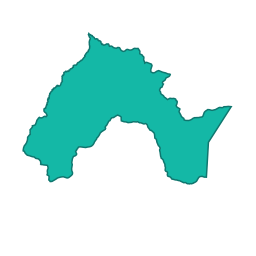 the district of Puracé (Coconuco), Cauca, Colombia, rotated 21°
{"feature_id": "7082276B15347498266609", "entity_name": "Puracé (Coconuco)", "entity_type": "district", "adm_level": 2, "iso_a3": "COL", "parent_name": "Colombia", "parent_adm1": "Cauca", "projection": "natural_earth1", "projection_center": [-76.434, 2.262], "detail": "fine", "context": "isolated", "style": "filled", "palette": "teal", "viewbox_px": 256, "rotation_deg": 21, "n_neighbors": 0, "source": "geoboundaries", "source_scale": "gbopen_adm2", "svg_char_len": 5678}
<svg xmlns="http://www.w3.org/2000/svg" viewBox="0 0 256 256"><g transform="rotate(21 128 128)"><path d="M119.2,123.7L122.1,123.6L124.1,123.0L126.1,123.0L129.3,121.4L130.5,120.3L133.8,119.3L134.6,118.7L136.8,119.0L138.4,118.5L140.9,118.6L142.0,118.2L142.7,117.6L143.1,117.5L144.7,118.0L146.4,120.2L148.1,121.2L149.0,122.0L150.2,122.1L150.6,121.9L153.7,123.1L154.3,123.5L155.0,124.4L156.7,127.8L158.5,128.4L160.1,130.9L162.7,133.6L163.9,134.0L165.2,135.2L165.4,135.7L165.3,136.9L165.6,137.6L166.7,139.2L168.6,142.7L169.5,143.7L169.8,144.3L171.2,144.6L172.4,145.3L173.4,146.7L175.2,148.4L175.7,149.1L176.1,150.2L177.1,151.4L177.8,154.1L178.7,154.8L180.3,154.9L180.7,155.2L181.2,156.2L181.4,157.4L182.1,158.5L182.5,158.7L184.9,158.6L185.6,158.8L187.1,159.9L187.6,159.9L188.3,159.7L190.8,159.5L192.0,159.1L193.9,159.0L194.8,158.7L199.6,159.1L201.4,158.3L202.9,158.7L203.5,158.7L204.4,158.3L205.2,158.3L206.1,157.6L207.3,157.3L208.7,156.2L208.9,155.6L209.6,155.2L210.9,153.4L211.1,152.9L211.6,149.5L212.0,148.4L212.4,147.7L214.5,146.6L216.9,146.5L218.8,145.8L208.2,112.5L216.7,71.1L213.9,71.9L211.8,73.0L210.3,73.6L209.8,73.9L209.3,74.8L208.6,75.3L206.3,75.9L205.6,76.4L203.1,79.4L200.4,81.3L199.3,81.6L197.6,81.7L195.9,82.2L194.2,84.6L193.6,86.1L193.7,89.8L193.5,90.7L192.9,91.3L191.1,92.3L190.7,92.7L186.3,94.6L185.1,95.8L184.6,96.7L183.5,98.1L182.1,99.2L179.4,100.2L177.6,100.4L176.6,99.0L175.1,98.7L173.6,98.0L172.6,96.9L170.2,94.9L169.7,94.2L169.7,91.9L169.5,91.5L166.8,91.1L166.0,90.8L164.9,89.8L165.0,88.1L164.6,85.9L163.9,85.2L163.1,85.2L162.4,84.2L162.0,83.9L160.7,83.9L159.7,84.1L158.7,84.7L156.5,85.2L154.7,87.3L152.2,86.4L150.9,86.2L149.5,85.1L147.4,84.6L146.6,84.3L146.0,83.9L145.6,82.8L144.2,81.8L143.8,81.0L143.9,80.6L143.9,79.1L144.0,78.6L144.9,78.0L145.1,77.6L145.1,75.6L145.3,74.3L144.7,74.2L144.0,73.6L143.8,73.1L143.8,72.6L145.4,70.0L145.6,67.6L147.6,65.5L148.1,64.6L148.3,63.8L148.2,62.8L147.3,62.8L145.9,63.2L143.3,63.1L140.4,63.5L136.1,63.4L134.6,64.6L133.2,66.6L132.5,67.1L131.6,67.6L129.6,67.5L129.0,67.0L128.3,65.1L128.1,61.2L127.0,60.0L122.0,60.0L121.4,60.2L120.4,61.4L120.0,60.6L118.2,58.8L117.6,56.6L117.0,55.8L115.9,55.5L114.9,54.7L112.7,54.6L112.3,54.3L111.6,52.1L110.8,51.4L110.4,51.3L110.0,50.8L108.8,50.1L107.9,50.6L105.5,51.3L104.6,52.1L104.3,52.8L103.5,53.7L101.8,54.7L100.1,54.7L99.0,54.9L98.3,55.6L97.7,56.9L97.2,57.5L96.3,58.1L95.5,58.3L93.5,57.9L91.5,56.2L91.0,56.1L89.8,56.4L89.3,56.7L88.8,57.5L88.3,57.8L86.6,58.1L85.4,58.1L84.4,57.6L83.2,57.5L82.7,57.6L81.8,58.3L81.3,58.3L80.0,56.8L79.4,56.6L78.9,57.0L78.2,57.0L76.4,58.9L75.5,59.4L74.9,59.3L74.6,59.0L74.4,59.1L74.2,58.9L73.5,59.3L73.0,58.4L72.4,58.3L71.7,57.5L71.7,57.1L71.1,56.8L69.8,56.8L69.4,56.7L69.1,57.0L68.3,56.5L67.9,55.9L67.5,55.9L66.5,56.0L66.1,56.5L64.9,56.5L63.9,55.6L62.0,55.2L61.7,54.7L61.2,54.6L60.7,54.9L60.4,54.6L60.0,54.7L59.7,54.4L58.2,54.3L57.6,53.9L57.6,55.1L58.1,55.4L59.4,57.0L60.5,57.6L60.7,57.9L60.9,58.6L60.7,59.6L61.0,61.7L61.6,62.8L61.7,63.3L62.2,64.3L63.0,65.4L63.1,66.1L63.3,66.4L63.6,67.7L63.5,69.0L63.1,69.7L63.5,70.9L62.6,72.1L62.1,73.8L61.7,76.0L62.2,76.5L61.3,79.0L61.0,80.2L60.5,81.4L59.9,81.7L59.9,82.2L59.1,83.2L58.6,84.3L57.8,84.9L57.7,85.4L57.4,85.9L57.5,87.0L56.9,87.9L55.8,88.3L54.7,89.2L54.6,89.4L55.2,90.9L54.6,91.3L54.4,92.4L53.1,93.5L52.9,94.7L52.2,95.2L52.4,96.1L51.9,96.6L50.9,96.6L50.6,97.5L49.5,97.4L49.3,98.0L48.3,99.2L48.4,99.8L48.9,100.3L48.9,101.5L48.8,101.9L48.5,101.7L48.2,102.0L47.9,103.5L48.6,104.5L48.6,105.1L49.3,106.4L49.3,107.0L50.0,108.0L49.5,109.5L49.6,112.2L49.2,113.1L48.4,113.7L47.7,113.4L47.4,113.7L46.9,113.5L46.5,113.8L46.7,114.4L46.7,114.7L46.5,114.9L46.1,114.9L45.8,116.2L45.2,117.0L44.6,117.1L44.5,117.7L44.2,118.1L44.5,118.3L44.6,118.8L43.5,119.5L43.9,120.4L43.3,121.4L43.0,122.4L43.0,123.5L42.7,123.6L42.6,124.0L42.9,124.6L42.9,126.5L43.3,126.9L43.7,128.3L43.6,128.8L43.2,128.1L42.7,128.9L42.9,129.5L42.9,130.7L43.9,131.9L43.9,132.5L43.5,132.9L43.5,133.9L44.2,135.1L44.1,135.4L43.7,135.5L43.7,135.9L43.9,137.7L43.7,138.4L44.0,139.1L42.9,139.9L42.8,140.5L43.5,142.3L44.5,143.0L46.0,143.4L47.6,144.8L48.0,145.5L47.6,146.2L47.5,146.8L47.2,146.9L46.7,146.7L45.8,147.1L45.0,148.0L44.7,148.7L43.6,149.6L42.2,150.0L41.5,149.8L41.3,150.0L40.8,151.1L40.5,152.6L40.2,153.2L40.4,156.4L40.3,157.1L40.4,158.1L39.5,159.1L37.9,160.2L38.4,161.5L37.2,164.8L38.1,166.7L38.3,167.7L39.0,168.8L38.9,169.3L38.5,169.7L38.0,171.5L37.7,172.2L37.7,173.0L38.2,174.2L38.6,176.7L38.5,177.1L38.5,178.6L38.2,179.7L38.3,180.2L37.7,181.1L37.6,181.7L37.6,183.9L38.1,186.4L38.5,187.0L38.9,186.8L39.5,186.9L41.3,188.5L43.7,189.5L46.0,189.2L48.8,189.1L50.8,188.7L52.8,189.4L55.5,188.9L58.0,190.1L59.2,192.0L59.4,193.1L59.8,193.3L60.1,193.3L60.4,193.0L62.4,192.7L65.8,191.8L66.3,191.9L67.7,193.8L67.9,194.6L67.8,195.7L67.9,196.3L68.1,197.2L69.1,199.1L69.2,200.7L70.9,201.0L71.7,201.5L72.7,204.9L73.7,205.2L74.2,205.7L74.6,205.9L76.2,205.1L79.1,201.5L80.1,199.9L82.6,198.0L85.0,196.7L88.9,196.5L89.8,196.1L90.7,195.1L92.2,192.5L92.6,191.3L92.6,190.6L92.0,189.2L91.6,188.9L90.7,187.8L89.9,186.1L89.1,182.2L87.9,180.5L87.1,176.5L87.2,174.5L87.4,174.0L88.8,172.7L89.5,171.4L89.3,170.5L87.8,169.1L87.4,168.4L88.0,167.5L87.7,166.6L88.3,165.5L88.5,163.9L88.7,163.5L90.1,162.7L95.5,161.4L96.7,160.5L99.0,159.2L100.0,158.4L100.7,157.5L101.4,156.0L101.7,154.3L101.7,153.0L102.6,149.6L102.5,148.5L103.1,147.3L103.5,145.8L103.8,144.1L103.8,142.8L104.7,140.9L107.2,137.5L107.2,136.2L106.4,135.6L106.4,135.0L106.7,133.8L107.1,133.1L107.6,128.7L108.0,128.0L108.5,127.6L108.7,125.6L109.1,124.5L109.3,124.2L110.8,123.4L112.3,121.3L113.6,119.7L115.8,119.7L117.2,120.0L117.9,120.5L118.3,121.9L119.2,123.7Z" fill="#14b8a6" stroke="#0f766e" stroke-width="1.5"/></g></svg>